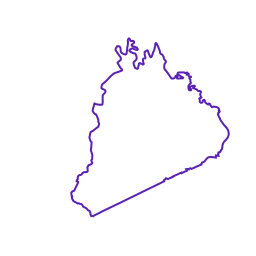 Boroondara, Victoria, Australia (Albers equal-area conic projection), rotated 56°
{"feature_id": "25037944B53457392645615", "entity_name": "Boroondara", "entity_type": "district", "adm_level": 2, "iso_a3": "AUS", "parent_name": "Australia", "parent_adm1": "Victoria", "projection": "albers", "projection_center": [145.049, -37.826], "detail": "fine", "context": "isolated", "style": "outline", "palette": "violet", "viewbox_px": 256, "rotation_deg": 56, "n_neighbors": 0, "source": "geoboundaries", "source_scale": "gbopen_adm2", "svg_char_len": 5588}
<svg xmlns="http://www.w3.org/2000/svg" viewBox="0 0 256 256"><g transform="rotate(56 128 128)"><path d="M110.4,54.7L110.2,55.6L110.4,56.3L111.0,56.8L111.6,56.8L112.1,56.6L112.7,56.0L115.4,55.1L116.6,54.2L117.2,54.2L117.4,54.7L117.3,55.0L116.9,55.8L115.8,57.3L115.0,58.9L114.4,59.5L113.9,59.5L113.5,59.2L113.3,58.9L112.9,58.0L112.6,57.7L112.1,57.7L111.9,58.0L111.5,58.7L111.5,59.2L111.6,59.6L112.4,60.7L112.5,61.6L112.3,62.7L111.8,63.8L111.3,64.2L110.7,64.3L104.4,64.3L100.3,64.7L99.0,64.6L97.9,64.0L95.7,62.3L94.4,59.6L93.9,59.3L93.4,59.3L91.3,59.5L88.7,58.7L86.9,58.6L86.1,58.6L85.1,59.3L84.0,59.5L81.6,58.5L77.4,57.5L74.3,57.1L73.5,57.1L73.3,57.2L73.2,57.6L73.4,58.1L73.6,58.4L75.4,59.8L77.7,62.3L78.5,63.4L79.1,64.6L81.5,67.6L82.1,68.7L82.2,69.1L82.0,69.6L81.5,69.7L77.9,69.2L75.6,68.4L74.6,68.4L74.3,68.8L74.2,71.0L74.4,71.7L74.8,72.1L76.9,73.3L79.1,74.0L79.6,74.3L79.8,74.6L79.8,75.0L79.2,76.0L79.1,76.4L79.2,76.9L79.5,77.4L82.0,78.6L83.3,78.9L83.9,79.4L83.9,79.8L83.7,80.2L81.0,81.8L80.7,82.1L80.6,82.5L80.9,83.1L81.8,83.9L84.0,86.4L84.2,86.9L84.2,87.1L83.6,87.7L83.1,88.0L82.0,88.5L78.9,87.8L77.7,87.3L76.8,86.6L76.5,86.1L76.0,83.2L75.5,82.3L74.8,81.6L74.0,81.2L72.2,80.6L70.9,80.4L70.2,80.5L69.9,80.7L69.2,81.6L68.3,82.2L65.8,83.6L65.4,83.7L64.8,83.7L64.3,83.3L64.1,82.7L64.1,80.8L64.4,80.0L64.9,79.4L65.9,78.9L67.8,77.5L68.4,76.7L68.4,76.1L68.3,75.9L67.6,75.7L66.3,75.7L62.5,78.6L61.9,78.8L61.3,78.7L61.0,78.2L60.7,75.4L60.2,74.9L59.6,74.7L59.1,74.8L58.5,75.2L57.5,77.1L57.2,77.2L55.7,76.8L54.5,76.9L54.2,77.3L54.3,77.8L54.8,78.7L55.2,79.2L56.8,80.0L58.9,81.6L61.0,83.7L62.5,84.9L65.2,87.3L65.7,87.9L65.7,88.9L65.6,89.2L64.1,90.4L62.6,91.1L61.5,91.4L60.8,91.3L57.4,89.5L56.6,89.4L55.7,89.5L55.2,89.8L54.3,90.9L54.2,91.5L54.4,91.7L54.4,92.0L55.4,93.9L56.0,94.5L56.3,94.7L61.3,94.8L64.7,94.6L65.9,94.8L66.9,95.3L67.5,96.0L67.8,99.4L68.0,100.1L68.3,100.3L73.9,100.6L76.2,100.3L76.8,100.6L76.9,101.0L76.8,101.8L75.7,106.0L75.1,108.0L75.0,109.1L75.0,110.5L75.2,112.4L75.5,113.8L75.7,115.0L76.8,119.6L77.3,124.5L78.0,125.8L79.1,127.1L79.8,127.5L80.5,127.7L81.0,127.5L82.9,126.3L83.8,125.9L84.5,125.9L85.2,126.3L85.4,126.5L86.0,127.8L86.4,129.7L87.0,130.9L89.6,132.7L92.0,134.2L94.1,136.0L94.2,136.3L94.0,136.8L92.4,139.1L90.0,141.5L89.0,142.1L91.9,145.6L93.6,147.5L94.3,147.8L96.3,147.9L97.5,147.7L98.9,146.9L100.4,147.1L103.0,147.6L104.7,148.1L105.3,148.4L106.1,149.1L108.4,149.6L108.9,150.0L109.8,151.3L110.3,152.2L110.7,158.6L110.5,161.4L113.3,164.3L114.0,165.0L114.8,165.5L116.5,166.0L118.4,166.4L119.4,166.1L120.3,166.8L120.8,167.3L122.7,168.6L125.4,171.1L127.2,171.7L130.0,172.5L130.6,172.8L133.6,175.0L133.9,175.4L134.3,176.5L134.5,176.6L135.5,176.9L136.1,177.1L137.0,177.1L137.3,177.8L137.3,179.1L137.1,180.6L136.8,181.5L137.0,182.0L137.5,182.7L137.5,183.3L138.9,184.2L140.5,185.0L141.3,185.6L141.5,186.2L141.5,186.6L141.3,187.2L140.3,188.6L140.1,189.0L139.9,191.0L140.5,192.3L140.6,193.1L139.8,194.9L140.0,195.5L140.0,196.1L140.4,196.8L141.1,197.5L142.4,198.2L142.5,198.4L142.5,199.1L143.3,200.4L144.9,199.5L145.6,200.3L147.5,203.5L148.3,205.2L149.0,206.1L149.8,207.5L149.8,207.9L149.5,209.0L149.5,209.8L149.7,210.6L149.9,211.2L151.5,212.1L152.2,212.4L152.6,212.4L152.8,212.7L153.0,212.6L153.7,212.6L154.2,213.3L155.5,213.9L156.3,213.8L157.3,214.1L158.1,214.1L159.0,213.7L160.8,212.6L161.3,212.5L162.5,211.9L162.7,211.2L163.0,210.8L164.0,210.4L164.6,209.5L164.9,209.3L166.1,208.9L167.5,209.1L168.2,209.1L168.9,208.8L170.9,207.6L171.8,207.3L173.6,207.2L175.3,206.3L177.3,206.6L177.9,206.9L178.5,207.4L180.0,207.7L180.4,207.7L180.8,207.0L181.6,206.9L181.7,207.1L181.6,204.9L182.5,198.6L182.6,196.5L182.7,196.2L185.8,174.9L192.4,127.8L191.4,127.6L191.4,126.1L190.9,124.6L192.6,123.6L192.8,122.7L193.6,118.2L193.3,118.2L194.8,108.7L195.4,108.8L196.3,103.0L194.7,102.8L195.0,102.3L195.2,101.5L196.4,100.6L196.0,99.8L196.1,99.4L196.2,98.9L196.7,98.4L197.4,98.3L198.1,94.2L199.3,87.7L199.0,87.7L198.1,85.9L198.3,85.8L198.6,83.7L197.4,79.8L197.2,78.7L197.3,77.9L197.6,76.8L198.1,75.7L201.7,71.7L199.9,70.5L201.8,68.5L201.4,68.3L200.1,68.0L199.9,67.7L199.0,66.9L199.2,66.5L199.0,65.9L199.4,65.7L199.4,65.2L199.3,64.7L198.4,63.3L198.3,62.6L197.9,61.6L195.1,59.3L193.8,57.5L193.0,55.6L192.7,53.9L191.8,50.9L190.3,48.8L189.1,47.7L187.3,46.8L186.1,46.4L185.3,46.2L183.0,46.2L179.3,46.7L174.5,46.9L172.4,46.8L171.5,46.4L170.4,46.4L167.1,45.9L166.6,45.1L166.3,45.0L166.3,44.7L165.9,44.5L165.9,43.5L165.7,42.9L165.4,42.8L165.1,43.2L164.6,42.7L164.1,42.9L163.8,42.6L163.5,42.1L162.8,41.9L161.8,42.0L160.2,42.8L158.3,44.9L158.0,45.4L157.7,46.6L157.5,46.9L157.1,46.8L155.2,47.0L154.5,46.7L154.1,46.7L153.6,46.8L153.2,47.1L152.9,47.4L152.9,47.8L153.2,48.5L150.7,49.5L150.3,49.6L148.6,49.1L147.4,49.0L147.0,49.9L147.0,50.4L148.1,51.4L148.3,52.5L148.1,53.2L147.8,53.5L147.1,53.8L146.3,53.8L144.8,52.8L143.5,52.4L143.3,52.0L143.8,50.7L143.7,50.1L142.5,50.0L141.0,49.6L139.8,48.7L139.1,47.5L138.4,47.3L137.5,47.7L137.1,48.4L136.2,49.3L135.8,49.4L134.7,49.4L134.1,49.7L131.4,51.7L131.2,51.7L130.9,51.3L131.0,49.8L130.9,49.4L130.5,49.2L130.0,49.5L129.5,50.2L128.9,51.5L128.7,52.7L128.5,54.0L128.6,54.3L128.9,54.7L130.9,54.0L131.5,54.1L131.8,54.3L131.9,54.7L131.3,55.6L130.9,56.1L130.4,56.2L128.1,55.2L127.2,54.6L126.9,54.2L126.3,52.9L126.1,51.9L126.1,51.3L125.9,50.7L125.5,50.5L124.4,50.4L123.0,49.3L121.4,49.4L120.9,49.2L120.6,48.6L121.0,47.4L120.7,47.1L119.4,48.4L119.1,48.6L118.3,48.3L117.4,47.5L116.9,47.5L116.7,47.9L116.9,49.1L116.7,49.4L116.4,49.1L115.7,48.0L115.5,47.9L115.2,47.9L114.7,48.8L114.7,49.7L114.3,50.0L113.3,50.4L110.4,54.7Z" fill="none" stroke="#5b21b6" stroke-width="2"/></g></svg>